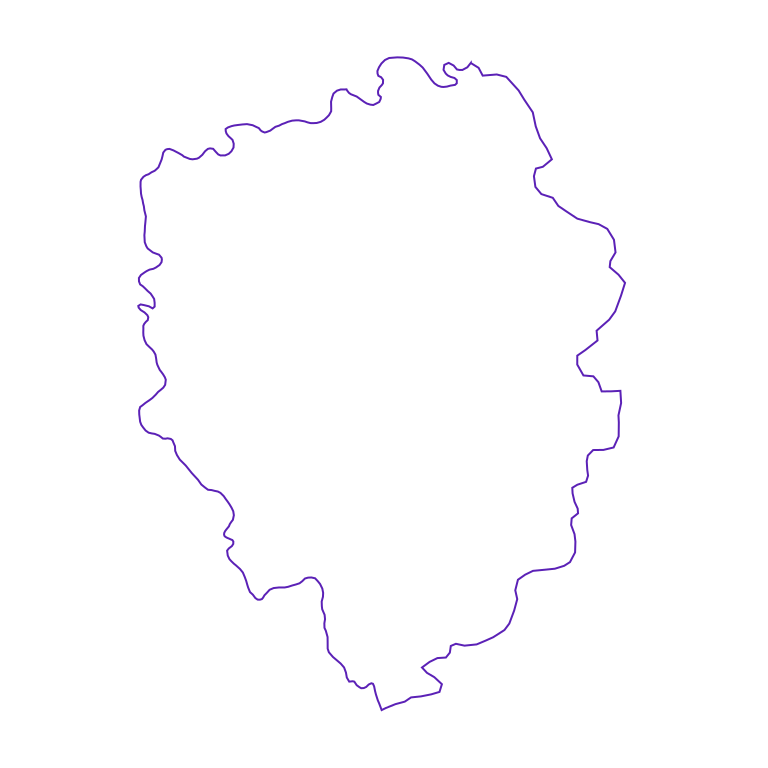 Haradok, Vitebsk, Belarus (orthographic projection), rotated 87°
{"feature_id": "67162791B30546828632542", "entity_name": "Haradok", "entity_type": "district", "adm_level": 2, "iso_a3": "BLR", "parent_name": "Belarus", "parent_adm1": "Vitebsk", "projection": "orthographic", "projection_center": [30.062, 55.617], "detail": "fine", "context": "isolated", "style": "outline", "palette": "violet", "viewbox_px": 768, "rotation_deg": 87, "n_neighbors": 0, "source": "geoboundaries", "source_scale": "gbopen_adm2", "svg_char_len": 5666}
<svg xmlns="http://www.w3.org/2000/svg" viewBox="0 0 768 768"><g transform="rotate(87 384 384)"><path d="M709.5,403.4L707.7,399.2L704.3,389.3L702.3,379.9L698.4,373.4L697.9,363.5L696.4,353.1L694.4,344.7L686.8,341.9L679.4,349.1L674.7,356.2L669.1,360.9L663.9,353.0L660.5,345.0L660.4,336.5L655.7,332.3L649.1,331.0L647.2,325.8L649.5,317.3L648.9,305.1L645.5,295.7L642.6,288.2L636.0,276.6L629.8,271.4L617.1,265.9L605.8,262.2L596.9,263.7L586.5,260.5L581.8,253.0L578.4,245.0L577.9,233.3L577.4,223.0L575.0,213.6L571.6,207.6L562.2,202.0L551.4,201.1L543.9,201.6L534.6,204.5L528.0,203.6L523.3,197.0L518.6,197.1L511.6,199.9L503.1,201.4L497.5,201.4L494.7,196.2L492.3,187.3L486.2,185.0L480.6,185.5L471.7,185.6L466.1,184.2L460.9,178.6L461.3,168.3L459.4,158.0L448.6,152.4L434.6,151.5L427.6,151.5L415.4,148.2L403.2,148.3L403.2,157.2L402.8,167.0L393.4,169.8L387.3,174.5L385.9,184.4L374.7,190.0L365.8,189.5L360.6,181.1L351.7,168.5L341.9,168.9L331.6,155.8L323.6,149.3L308.2,142.7L295.6,138.0L287.1,144.1L279.1,152.5L273.1,151.5L264.7,145.9L252.0,146.8L240.8,152.9L235.6,161.3L233.2,169.7L229.0,182.3L221.0,193.1L215.3,200.6L206.9,205.7L202.6,216.9L195.1,222.5L184.3,223.4L176.8,221.0L175.4,214.0L168.4,204.6L157.1,209.2L146.8,215.3L134.6,219.0L120.5,221.2L107.3,229.1L97.9,234.2L83.7,245.8L80.8,255.2L81.2,269.3L73.2,273.0L68.0,280.5L67.9,280.5L72.1,284.2L74.5,289.3L74.3,292.3L73.7,294.7L69.6,297.8L66.7,302.6L68.5,307.1L73.4,308.1L77.2,306.1L79.2,304.2L80.8,301.4L82.1,297.6L84.3,295.4L87.5,295.6L89.0,297.4L89.5,302.0L90.3,305.6L90.5,309.1L90.2,311.3L88.9,314.6L86.4,317.9L82.5,320.9L76.3,324.6L70.0,328.8L66.9,331.9L63.3,336.2L61.3,339.1L60.1,342.5L59.0,347.9L58.5,353.6L58.7,361.8L60.5,366.1L63.8,369.8L67.4,372.4L71.1,374.2L73.7,374.2L76.0,373.5L77.5,370.8L80.2,369.0L83.7,369.3L85.3,370.5L87.7,373.0L91.0,374.6L93.1,374.7L94.9,374.5L97.2,372.1L99.1,372.4L102.1,374.0L103.5,377.0L104.8,380.1L104.3,383.0L103.0,386.5L101.3,389.0L98.4,392.6L95.5,396.2L92.9,401.9L91.4,403.8L88.8,405.6L87.8,406.0L87.8,407.7L87.7,409.4L87.6,411.8L88.6,415.6L91.3,419.2L94.6,420.6L99.3,422.1L106.0,422.3L108.9,422.5L112.7,424.9L114.9,427.3L117.0,429.8L118.9,433.5L119.8,437.5L119.8,441.4L119.6,443.8L118.7,446.7L117.6,449.4L116.2,455.4L116.1,458.1L116.2,461.9L117.2,466.4L118.3,469.4L119.1,472.2L120.5,475.2L121.5,479.0L123.3,481.8L125.0,484.3L126.3,488.3L126.6,490.0L125.5,492.4L124.3,493.9L121.9,495.6L120.6,498.1L118.7,501.6L117.3,507.2L117.4,511.8L117.7,516.4L118.0,520.0L118.5,522.7L119.6,526.4L121.1,528.8L123.2,528.8L125.6,528.2L128.3,526.4L130.5,524.2L132.3,522.5L136.2,521.5L140.0,521.9L143.6,524.2L146.0,527.0L147.4,530.7L147.2,535.3L146.1,537.5L143.4,539.8L140.2,542.3L139.6,545.4L140.0,547.6L142.1,550.4L143.8,551.9L145.6,553.4L148.4,557.0L149.2,559.0L149.6,563.4L149.1,566.1L146.4,572.0L145.0,573.4L142.6,577.1L141.2,579.5L139.7,582.0L138.0,585.9L138.1,588.2L138.7,590.0L141.3,592.3L144.9,593.3L148.1,594.3L155.8,597.9L157.7,600.1L159.1,601.9L160.4,605.1L162.2,608.1L163.0,610.8L164.5,613.4L167.3,615.9L169.3,616.5L174.0,616.8L177.9,616.7L181.1,616.7L184.6,616.2L187.6,615.5L191.0,615.1L194.0,614.5L198.1,614.2L204.2,613.0L209.8,613.8L213.0,614.3L213.4,614.4L216.6,614.7L219.6,615.0L222.8,615.5L226.4,615.5L229.9,615.5L234.1,614.1L236.3,612.9L240.5,608.0L241.9,604.8L243.1,601.9L246.3,599.5L248.1,599.3L250.7,599.8L253.4,601.9L255.7,605.6L256.9,608.3L257.5,612.1L258.8,615.1L260.0,617.2L262.4,621.0L265.3,623.2L268.7,623.3L271.8,622.3L273.7,619.8L275.9,617.7L278.7,615.2L281.5,612.3L284.0,610.8L287.0,609.1L290.9,608.8L294.7,609.0L296.4,611.1L294.1,614.7L292.6,619.7L291.8,622.9L293.2,625.3L294.9,625.0L297.4,623.1L300.0,619.4L302.9,616.7L305.0,615.9L307.9,616.6L309.4,618.5L311.4,620.3L313.3,621.3L316.1,621.4L320.0,621.7L323.2,621.7L327.7,620.8L331.8,619.1L334.5,616.6L337.4,613.8L339.5,612.3L342.7,610.7L346.8,610.2L350.6,609.9L352.8,609.4L354.6,608.7L358.2,607.2L360.2,605.8L362.8,604.1L365.8,602.5L368.3,601.7L373.4,602.6L376.1,604.6L378.1,607.2L380.1,610.0L382.7,612.5L385.9,616.1L387.7,618.8L390.3,623.1L392.7,626.4L394.2,628.7L397.6,629.9L401.7,630.0L404.5,629.8L408.9,629.5L412.1,628.5L414.8,626.8L418.0,624.5L420.3,621.6L421.2,618.5L421.8,615.6L423.7,611.5L425.1,609.7L426.9,607.7L427.2,605.1L426.9,603.0L427.7,599.8L429.2,598.1L431.1,597.5L435.2,596.0L439.9,596.0L444.1,594.5L448.8,591.9L455.0,586.3L462.9,580.6L470.0,574.7L474.8,571.7L477.9,568.3L480.4,565.3L480.9,561.7L481.8,558.9L482.7,555.5L484.2,553.0L487.6,549.9L490.4,548.2L493.4,546.2L496.2,544.5L499.6,542.7L503.2,541.2L507.2,540.8L511.7,542.0L513.7,543.7L515.8,545.3L518.0,546.3L521.2,549.2L522.8,550.5L524.5,551.4L526.2,551.6L527.7,551.1L528.8,549.7L529.5,548.5L530.3,546.8L530.9,545.7L531.9,543.6L533.4,542.7L535.8,542.9L537.9,544.4L538.8,545.7L540.1,547.6L542.2,549.4L547.2,549.0L550.8,547.5L552.9,545.8L555.6,543.3L557.2,541.5L561.2,537.5L564.9,534.8L569.6,533.1L573.5,531.9L577.5,531.0L580.2,530.3L584.8,528.7L587.5,526.0L591.0,523.7L592.7,521.5L592.9,519.2L592.4,517.2L591.0,515.9L588.8,514.5L586.3,511.8L583.5,509.0L582.0,504.9L581.7,499.7L582.0,493.9L581.5,490.3L580.4,486.2L579.6,482.5L578.6,478.8L576.7,476.0L574.1,473.1L573.4,470.0L573.4,466.7L574.4,463.0L577.5,460.4L580.4,458.3L585.1,456.3L589.4,455.7L593.3,456.1L597.9,457.6L602.6,457.7L605.7,457.5L611.4,455.4L615.8,455.2L619.9,456.1L624.4,456.2L627.4,455.0L633.7,453.6L639.0,453.8L645.4,454.1L649.0,453.1L653.9,449.3L657.2,445.8L660.9,441.9L665.0,438.7L670.2,437.1L675.2,436.5L679.4,434.3L679.2,430.8L679.7,429.2L681.4,428.2L683.4,427.0L685.5,424.4L686.6,422.7L686.6,420.1L685.6,417.6L683.3,415.0L682.2,412.3L682.8,410.7L685.4,409.7L690.1,409.0L693.6,408.3L699.7,406.7L702.6,405.6L709.5,403.4Z" fill="none" stroke="#5b21b6" stroke-width="2"/></g></svg>